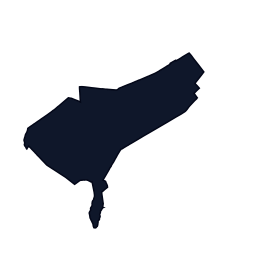 Moldoveni, Neamt, Romania, rotated 324°
{"feature_id": "2599482B40239135876534", "entity_name": "Moldoveni", "entity_type": "district", "adm_level": 2, "iso_a3": "ROU", "parent_name": "Romania", "parent_adm1": "Neamt", "projection": "albers", "projection_center": [26.778, 46.815], "detail": "fine", "context": "isolated", "style": "filled", "palette": "ink", "viewbox_px": 256, "rotation_deg": 324, "n_neighbors": 0, "source": "geoboundaries", "source_scale": "gbopen_adm2", "svg_char_len": 5250}
<svg xmlns="http://www.w3.org/2000/svg" viewBox="0 0 256 256"><g transform="rotate(324 128 128)"><path d="M180.6,148.0L181.7,148.1L183.8,148.2L184.7,148.1L185.7,147.9L186.9,147.6L189.6,146.7L190.8,146.4L198.1,145.0L199.9,144.8L200.6,144.7L200.6,144.4L201.8,144.3L201.8,138.8L205.9,138.1L209.1,137.7L208.8,134.6L208.5,132.4L208.4,131.2L213.8,129.7L216.3,129.0L218.4,128.4L222.3,127.2L222.1,118.3L221.8,110.6L221.8,106.7L221.7,105.2L221.5,103.3L220.2,103.1L217.0,102.8L213.7,102.5L212.5,102.5L208.6,102.2L208.4,102.1L207.7,102.1L206.7,102.0L206.7,101.7L206.1,101.6L206.2,101.2L205.0,101.0L202.2,100.7L200.5,100.5L200.1,100.5L200.1,101.1L199.7,101.2L197.3,101.0L195.7,100.8L194.5,100.8L193.4,100.7L190.6,100.5L188.8,100.3L187.4,100.2L186.5,100.2L184.0,99.9L182.4,99.7L181.3,99.5L180.0,99.2L177.7,98.7L175.9,98.3L175.6,98.3L174.7,98.0L166.7,96.2L165.9,96.0L165.5,95.9L165.1,95.7L161.9,95.0L161.1,94.7L160.7,94.7L158.9,94.3L158.6,94.2L157.0,93.9L156.1,93.6L155.7,93.5L155.3,93.4L154.2,93.1L153.5,92.9L153.0,92.8L152.3,92.6L152.0,92.5L151.3,92.4L150.4,92.1L150.2,92.1L149.3,91.9L148.3,91.6L146.3,91.2L145.8,91.0L144.9,90.8L144.1,90.6L142.3,90.8L141.2,90.6L140.4,90.0L139.0,88.8L136.8,86.9L134.7,85.1L134.3,84.8L134.2,84.8L134.0,84.7L133.9,84.3L133.8,84.2L133.2,83.9L132.7,83.5L132.0,82.8L130.4,81.3L130.1,81.1L129.9,81.0L129.0,80.3L124.3,75.9L122.7,74.5L120.6,72.5L117.7,69.8L115.4,67.8L114.9,67.4L114.0,66.8L113.0,66.2L112.6,66.7L112.3,67.1L111.8,67.9L111.4,68.5L110.7,69.7L110.3,70.2L110.1,70.7L106.8,75.8L105.6,77.7L105.4,78.0L105.1,78.4L104.8,79.0L103.5,76.7L101.5,73.7L101.4,73.5L100.0,71.2L99.7,70.7L99.2,70.3L97.5,68.5L87.4,69.3L85.1,69.5L83.6,69.5L82.8,69.6L80.6,69.8L78.9,69.9L78.0,69.8L77.5,69.8L76.9,69.8L76.2,69.9L74.9,69.9L72.5,69.9L71.8,69.9L71.2,69.9L70.5,69.9L66.1,69.8L65.8,69.8L63.6,69.7L60.2,69.7L58.8,69.6L55.2,69.6L54.7,69.5L54.0,69.5L53.2,69.5L52.6,69.5L51.8,69.5L50.1,69.4L46.9,69.4L46.9,69.5L46.7,69.6L46.4,69.8L46.0,70.2L45.7,70.4L45.4,70.7L45.2,70.9L43.7,71.9L42.9,72.3L42.5,72.5L42.1,72.6L41.0,73.2L40.6,73.6L40.2,73.9L39.8,74.3L39.5,74.5L39.1,74.8L38.5,75.2L37.8,75.8L37.4,76.1L37.1,76.4L36.9,76.5L36.7,76.7L36.3,77.7L36.1,78.2L35.9,78.9L35.8,79.1L35.6,79.4L35.4,79.6L35.0,80.0L34.5,80.4L34.3,80.6L34.2,80.8L34.2,81.1L34.1,81.5L34.0,81.8L34.0,82.0L34.1,83.1L34.0,83.7L33.9,84.3L33.9,84.5L33.7,84.9L33.7,85.0L33.8,85.5L34.1,85.4L34.4,85.2L34.5,85.1L37.1,84.3L37.2,85.3L37.4,86.5L37.5,87.0L37.6,87.8L37.7,89.0L37.9,89.9L37.9,90.2L38.2,92.2L38.3,93.0L38.3,93.5L38.4,94.1L38.6,95.3L38.6,96.2L38.7,96.9L39.1,99.2L39.6,103.5L40.0,106.2L40.2,107.8L40.3,108.8L40.6,110.5L48.6,131.3L51.7,142.2L53.4,142.2L54.9,142.2L58.0,142.2L58.4,142.2L58.6,142.3L61.9,144.2L62.2,144.6L62.5,144.7L63.4,145.2L63.7,145.4L63.9,145.7L64.3,146.1L64.5,146.4L64.9,146.9L65.2,147.6L65.6,148.2L66.1,149.4L66.3,149.8L66.5,150.0L66.8,150.3L67.1,150.3L66.9,150.7L66.9,151.1L66.4,152.4L66.2,152.8L64.0,157.6L62.7,160.4L62.1,161.4L61.8,162.0L61.2,162.9L61.1,163.1L60.6,163.7L60.1,164.1L59.0,164.9L58.6,165.2L58.2,165.6L57.9,165.8L57.7,165.9L57.3,166.0L56.6,166.2L56.2,166.4L55.9,166.6L54.5,168.0L54.4,168.2L54.2,168.5L53.9,169.0L53.5,169.4L53.2,169.7L52.8,169.9L52.6,170.0L51.9,170.3L51.1,170.6L50.7,170.8L50.5,171.0L50.1,171.5L49.8,172.1L49.7,172.3L49.5,172.6L49.4,172.6L49.0,172.7L48.8,172.8L47.4,173.4L47.2,173.5L46.9,173.8L46.6,174.1L46.4,174.5L46.3,174.8L45.7,176.1L45.2,177.1L45.0,177.5L44.7,178.0L44.5,178.4L44.4,178.8L44.3,179.6L44.2,179.9L44.2,180.3L44.1,180.5L43.9,181.3L43.9,181.5L43.9,182.0L43.8,182.3L43.7,182.9L43.5,183.4L43.4,184.5L43.3,184.9L43.2,185.1L42.4,186.7L42.2,187.1L42.1,187.5L41.9,188.2L41.9,188.5L41.9,188.9L42.1,189.0L42.4,189.1L42.8,189.4L43.0,189.7L43.3,189.7L43.5,189.8L43.9,189.7L44.2,189.6L44.4,189.5L44.6,189.5L45.0,189.4L45.2,189.5L45.3,189.5L45.5,189.4L46.0,189.0L46.7,188.5L46.9,188.1L47.0,188.0L47.3,187.8L47.7,187.3L48.0,187.1L48.7,186.3L48.8,186.0L49.1,185.7L49.5,185.5L50.0,185.4L50.7,185.4L51.0,185.3L51.4,184.8L51.9,184.2L52.1,184.0L52.2,183.9L52.4,183.9L52.5,183.8L52.8,183.7L53.1,183.5L53.4,183.2L53.6,182.9L53.7,182.7L53.9,182.1L54.2,181.4L54.5,181.1L54.7,180.8L55.0,180.7L55.3,180.6L55.6,180.5L55.7,180.3L56.1,180.0L56.6,179.5L56.8,179.3L56.9,179.0L57.0,178.9L58.0,178.8L58.3,178.7L58.7,178.5L59.3,178.2L59.5,178.1L60.4,177.9L60.6,177.8L60.7,177.7L60.8,177.7L61.2,177.7L61.4,177.8L61.2,177.4L60.9,177.1L62.2,175.9L63.5,174.6L64.1,173.4L67.0,168.0L67.6,166.8L67.9,166.3L69.0,164.3L69.6,164.4L71.1,164.3L72.7,164.1L76.6,163.9L76.7,163.6L76.9,163.2L77.1,163.1L77.2,162.9L77.3,162.7L77.6,161.8L77.6,161.6L77.6,161.3L77.7,161.1L77.9,160.4L78.0,159.5L78.2,159.0L78.2,158.7L78.3,158.4L78.4,158.2L78.5,158.1L78.5,157.9L77.1,155.4L79.7,154.3L82.7,153.0L83.8,152.5L88.3,150.5L89.5,149.9L90.2,149.5L90.6,149.5L91.1,149.2L91.6,149.2L92.2,148.8L92.2,148.7L93.5,148.1L95.3,147.4L96.1,147.1L97.1,146.7L97.3,146.5L97.5,146.4L98.3,146.1L99.2,145.6L102.2,144.3L102.6,144.0L104.7,143.1L109.2,141.2L109.4,141.1L109.5,141.2L109.8,141.0L110.2,141.1L110.7,141.3L111.0,141.4L113.2,141.5L113.6,141.5L115.2,141.7L116.0,141.7L118.1,142.0L119.1,142.0L121.8,142.3L123.8,142.5L133.5,143.4L135.1,143.5L142.6,144.3L163.5,146.4L173.5,147.3L176.9,147.7L178.7,147.9L179.8,148.0L180.6,148.0Z" fill="#0f172a" stroke="#020617" stroke-width="1.5"/></g></svg>